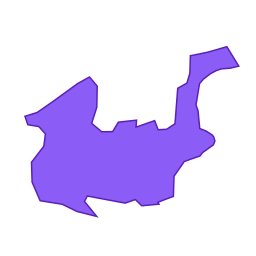 James City, Virginia, United States of America (orthographic projection), rotated 276°
{"feature_id": "52423323B62704656861756", "entity_name": "James City", "entity_type": "district", "adm_level": 2, "iso_a3": "USA", "parent_name": "United States of America", "parent_adm1": "Virginia", "projection": "orthographic", "projection_center": [-76.748, 37.317], "detail": "fine", "context": "isolated", "style": "filled", "palette": "violet", "viewbox_px": 256, "rotation_deg": 276, "n_neighbors": 0, "source": "geoboundaries", "source_scale": "gbopen_adm2", "svg_char_len": 891}
<svg xmlns="http://www.w3.org/2000/svg" viewBox="0 0 256 256"><g transform="rotate(276 128 128)"><path d="M128.9,24.3L120.8,28.0L120.1,39.2L113.4,46.5L101.1,46.2L83.8,35.6L64.1,38.3L46.5,48.2L45.3,70.5L39.6,86.1L36.8,106.1L50.4,92.4L56.1,94.6L53.0,133.0L57.6,142.8L52.1,149.8L55.5,166.8L57.3,165.5L64.8,180.3L84.8,178.8L86.6,179.8L100.5,187.4L103.3,193.1L107.7,202.5L111.4,204.8L120.2,214.7L124.2,215.8L128.3,214.1L130.0,212.2L133.1,206.1L135.0,199.4L152.6,195.8L158.0,193.2L179.6,194.5L184.5,197.9L190.6,204.3L194.3,209.8L196.5,214.4L198.2,223.5L201.1,231.7L219.2,217.8L211.7,199.3L206.4,182.5L189.0,183.8L178.8,181.9L172.7,173.3L137.2,174.3L130.8,166.6L129.4,158.2L138.1,153.7L129.7,135.9L136.7,135.7L132.8,117.8L122.8,113.1L121.5,102.3L128.8,91.4L145.5,94.8L166.4,93.0L174.7,84.4L167.2,73.6L145.2,49.1L133.9,36.0L128.9,24.3Z" fill="#8b5cf6" stroke="#5b21b6" stroke-width="1.5"/></g></svg>